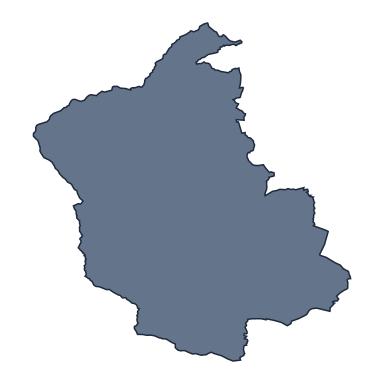 Vulcana-Bai, Dâmbovita, Romania
{"feature_id": "2599482B12480480579347", "entity_name": "Vulcana-Bai", "entity_type": "district", "adm_level": 2, "iso_a3": "ROU", "parent_name": "Romania", "parent_adm1": "Dâmbovita", "projection": "robinson", "projection_center": [25.367, 45.096], "detail": "fine", "context": "isolated", "style": "filled", "palette": "slate", "viewbox_px": 384, "rotation_deg": 0, "n_neighbors": 0, "source": "geoboundaries", "source_scale": "gbopen_adm2", "svg_char_len": 5864}
<svg xmlns="http://www.w3.org/2000/svg" viewBox="0 0 384 384"><path d="M240.6,360.1L239.8,357.6L243.9,355.3L243.7,354.4L244.7,353.7L243.5,350.0L243.7,347.2L244.1,345.9L244.3,345.5L246.6,345.2L246.3,343.9L246.9,343.4L247.6,341.5L247.8,340.6L247.1,339.4L244.4,338.7L244.4,338.1L245.9,337.3L246.7,336.3L244.4,335.7L244.0,335.2L243.9,334.1L244.6,333.6L246.4,333.9L247.1,333.3L247.0,331.5L245.1,327.2L245.2,326.7L246.5,325.7L246.5,325.1L245.6,323.3L247.7,320.9L247.8,319.3L252.0,318.8L259.3,318.7L261.5,318.8L266.0,319.8L266.2,318.8L273.7,320.3L281.3,322.4L287.3,325.7L290.9,323.6L291.6,321.1L298.5,318.7L305.9,315.0L306.8,314.3L308.9,310.8L310.1,309.6L312.0,308.7L316.5,308.1L329.9,311.3L330.2,307.8L334.6,303.2L332.8,302.7L332.5,302.1L333.7,301.2L337.4,300.9L338.6,299.0L336.6,296.2L340.1,292.9L344.4,290.1L346.4,289.3L347.7,288.1L347.8,282.0L347.3,281.0L347.2,279.8L348.7,278.6L350.6,278.7L350.2,276.5L349.1,274.3L348.6,271.8L347.6,270.8L345.5,270.1L344.6,269.2L343.3,269.1L343.1,268.4L340.3,265.1L335.0,262.7L326.3,257.4L320.3,255.4L319.6,254.6L324.5,244.5L328.2,231.5L326.0,230.3L313.4,225.7L314.7,224.5L314.3,223.0L313.3,222.3L313.1,221.6L313.5,220.4L313.1,218.6L313.6,218.0L313.7,214.5L314.5,213.8L314.8,213.1L313.7,210.3L313.8,209.4L314.7,208.7L314.8,208.2L313.7,206.2L313.6,204.9L314.6,202.6L313.7,201.6L313.8,200.3L312.7,197.8L313.4,197.1L309.7,196.4L309.5,196.1L310.5,195.4L308.6,195.3L308.0,193.5L306.6,192.3L308.2,191.7L307.6,189.3L305.2,189.6L303.9,190.4L303.5,189.5L303.9,187.6L295.6,189.8L293.6,189.1L291.1,189.5L288.0,188.6L285.4,189.7L279.8,189.3L276.5,190.6L272.6,191.3L265.2,195.7L264.9,194.8L265.2,192.9L266.5,189.7L266.9,187.3L266.5,183.3L266.8,182.3L266.4,181.2L267.6,180.4L269.2,178.2L268.9,177.2L273.8,176.1L274.2,175.5L274.0,172.8L270.9,171.8L269.6,172.7L265.7,168.2L263.3,164.7L258.8,165.5L255.8,165.5L252.8,164.9L248.6,160.6L247.2,157.1L246.9,155.2L247.9,152.9L248.5,152.5L249.6,152.8L250.5,151.3L253.1,150.5L254.6,145.0L253.6,142.7L253.3,140.8L250.5,138.0L248.1,137.6L246.7,135.8L245.2,134.7L245.1,132.6L241.8,133.1L238.4,121.9L236.5,122.0L236.4,119.7L244.1,120.2L243.8,117.8L244.4,116.1L245.2,115.4L245.5,113.8L243.6,113.2L242.7,111.7L241.4,110.5L240.1,110.4L237.7,108.6L236.5,108.3L236.2,107.8L238.5,103.9L235.6,102.7L234.5,100.7L233.1,99.6L234.8,99.2L236.9,97.8L239.1,97.8L240.2,97.3L241.3,93.3L242.8,90.1L242.9,88.7L243.4,88.0L242.8,87.3L239.4,88.0L240.4,83.7L240.9,76.8L240.8,74.6L239.5,71.7L238.9,68.0L236.7,68.9L235.6,68.3L232.5,69.4L231.8,70.0L231.9,70.3L231.2,71.3L229.6,71.6L228.5,72.8L220.1,71.3L218.1,70.2L215.3,70.1L214.2,69.0L212.0,68.3L209.6,64.0L208.2,63.3L205.5,63.1L204.5,62.1L203.5,62.1L202.5,63.0L200.4,63.7L199.1,63.5L196.7,64.2L195.9,62.3L197.3,61.7L198.3,60.0L200.2,59.2L202.2,57.6L204.2,57.4L208.1,54.5L216.1,52.8L217.8,52.1L218.0,49.9L220.2,49.2L220.0,47.4L221.2,46.8L221.9,47.0L223.8,45.2L224.3,46.1L226.3,45.1L227.9,45.4L229.0,45.0L229.7,45.4L232.3,44.3L235.5,44.8L235.7,45.5L236.4,45.4L238.5,43.9L239.8,43.8L240.0,43.0L241.6,43.0L241.9,41.8L240.2,40.2L235.1,42.1L230.6,41.1L228.6,39.7L225.2,36.0L223.5,34.8L222.4,35.4L221.7,36.6L219.1,36.3L218.6,36.0L216.5,32.1L214.3,31.1L208.7,26.5L207.8,23.2L207.1,23.0L203.5,24.2L199.7,26.5L199.0,29.0L198.0,30.0L193.8,31.8L190.7,30.8L189.7,32.0L185.6,34.7L179.9,36.9L179.9,38.1L179.2,39.2L176.7,40.4L175.7,42.0L174.0,43.3L172.1,44.2L171.7,44.9L171.6,46.6L169.1,48.5L165.9,54.0L164.8,54.1L163.3,55.2L162.9,58.1L162.1,59.1L156.5,61.9L155.6,62.9L155.2,63.6L155.9,65.1L155.6,65.9L154.4,67.3L154.4,68.8L152.9,70.0L152.5,71.2L152.6,72.0L150.1,73.7L149.8,74.5L150.0,75.3L149.4,76.3L148.5,76.6L147.1,78.1L145.6,78.4L145.4,79.5L144.7,80.2L144.8,81.7L143.8,84.9L141.6,87.3L139.0,86.4L134.9,87.8L132.7,87.7L130.6,88.5L130.8,89.9L127.5,89.2L126.3,88.6L120.3,88.1L117.2,86.3L114.6,86.5L114.2,86.2L112.5,87.0L111.8,90.1L111.4,90.3L104.5,92.1L102.0,91.3L98.3,93.8L96.5,95.6L91.6,94.8L89.6,95.0L87.1,96.8L84.4,100.2L81.6,101.2L79.7,101.1L75.1,99.4L73.1,99.4L71.5,100.4L69.7,103.3L69.0,105.3L67.4,106.0L66.2,107.3L63.9,107.8L60.8,110.7L53.6,113.4L50.5,116.0L49.8,117.3L49.4,119.4L46.9,121.8L38.4,124.4L36.6,125.5L35.7,127.8L35.9,129.5L35.5,131.4L33.5,133.3L33.4,135.7L33.6,136.6L34.6,137.2L35.2,138.3L37.9,140.5L39.8,146.6L40.2,148.6L39.9,150.9L40.8,152.8L43.4,156.8L44.3,157.8L48.5,159.7L52.0,162.1L54.4,166.1L55.4,168.5L57.9,170.5L59.6,173.8L62.8,177.3L65.5,179.2L67.5,182.0L71.4,184.1L74.0,188.8L75.2,189.9L76.9,190.7L77.4,193.1L79.7,198.0L82.9,200.9L82.7,201.6L80.7,204.0L78.2,203.7L73.4,205.9L74.6,209.2L76.0,210.7L76.3,214.4L77.0,215.2L76.5,215.9L76.9,216.7L76.8,218.1L79.7,221.0L79.5,221.5L79.6,223.7L80.3,225.8L79.6,226.6L79.5,227.6L79.7,231.4L81.2,233.4L81.3,234.2L82.5,235.5L81.6,236.6L81.8,237.0L81.3,237.6L80.4,237.9L79.8,239.0L80.9,240.6L81.1,241.9L78.3,247.7L80.2,249.9L81.1,250.6L81.8,251.7L82.7,252.1L82.8,252.9L85.0,254.8L84.1,255.7L85.1,256.2L85.5,258.3L85.9,258.6L85.5,259.3L85.9,259.7L85.7,260.7L85.0,261.1L85.7,263.4L85.5,264.5L84.2,266.0L84.9,267.7L84.4,268.4L84.4,269.3L84.7,270.5L85.8,271.2L85.6,272.1L86.3,273.9L85.7,275.9L85.1,276.2L87.6,277.7L88.2,278.5L89.7,278.8L90.1,280.1L92.2,281.5L93.8,285.0L95.9,286.4L99.4,286.8L106.8,289.7L109.2,289.4L113.4,292.3L118.5,295.0L120.2,295.4L122.5,297.9L125.7,297.7L126.3,298.1L126.5,299.1L129.7,301.0L131.8,303.0L134.9,303.7L136.4,304.8L137.1,305.7L137.6,308.1L139.3,308.9L137.7,311.2L137.5,312.4L138.0,313.7L136.8,315.7L137.6,316.4L136.9,319.7L137.5,322.3L138.2,323.2L136.9,324.6L136.6,325.5L134.6,326.3L134.3,327.1L134.5,328.8L136.4,331.7L137.5,334.4L142.7,334.5L147.0,335.3L150.9,335.1L154.8,335.9L159.4,337.9L160.3,337.9L162.3,338.7L166.1,339.0L172.1,342.6L175.3,344.0L175.3,347.7L178.0,350.2L180.6,350.8L184.3,350.5L192.0,353.8L193.7,354.0L195.1,353.5L201.2,355.2L206.6,354.6L208.1,353.5L211.4,352.2L213.7,353.4L221.7,355.8L227.6,358.9L233.0,361.0L240.6,360.1Z" fill="#64748b" stroke="#1e293b" stroke-width="1.5"/></svg>